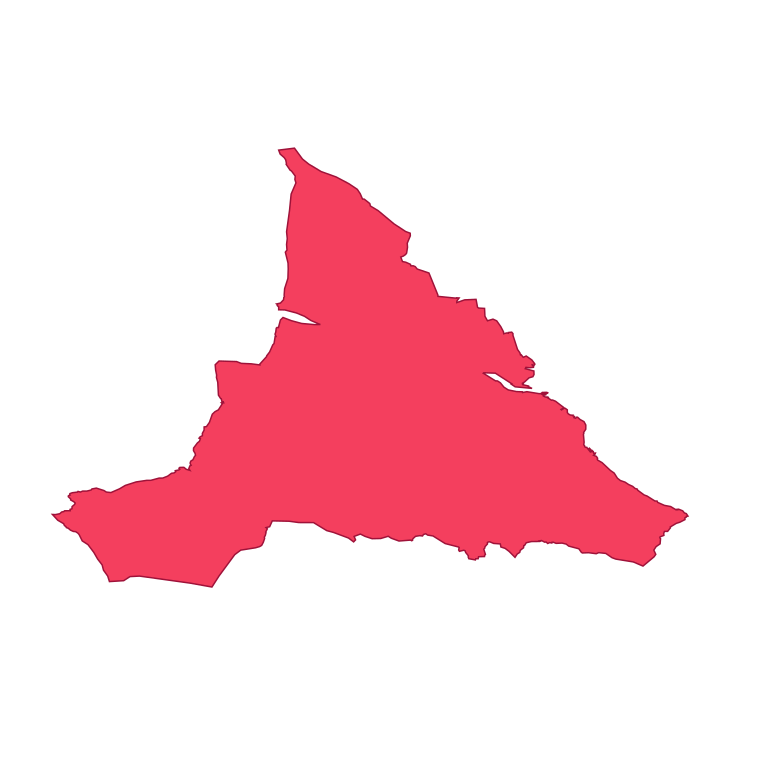 Drammen nor, Buskerud, Norway, rotated 6°
{"feature_id": "86288312B37235196254679", "entity_name": "Drammen nor", "entity_type": "district", "adm_level": 2, "iso_a3": "NOR", "parent_name": "Norway", "parent_adm1": "Buskerud", "projection": "natural_earth1", "projection_center": [10.161, 59.728], "detail": "fine", "context": "isolated", "style": "filled", "palette": "rose", "viewbox_px": 768, "rotation_deg": 6, "n_neighbors": 0, "source": "geoboundaries", "source_scale": "gbopen_adm2", "svg_char_len": 6120}
<svg xmlns="http://www.w3.org/2000/svg" viewBox="0 0 768 768"><g transform="rotate(6 384 384)"><path d="M694.3,478.9L690.1,477.7L689.6,477.8L690.1,478.0L689.6,478.3L687.6,478.6L681.9,475.9L675.6,475.4L668.5,473.1L667.9,471.9L665.6,472.0L657.3,467.9L654.4,467.2L647.4,463.1L646.8,462.0L644.7,461.7L642.0,459.8L637.8,458.4L634.0,456.4L629.2,455.3L626.0,453.3L622.2,448.5L618.2,446.3L609.1,439.4L604.4,437.3L603.9,436.4L604.2,435.5L602.8,433.8L599.9,433.0L601.3,431.5L601.5,430.6L599.9,431.0L599.2,429.3L597.5,429.6L598.5,428.1L597.6,428.6L594.4,425.9L597.4,428.9L596.3,430.0L592.4,426.0L592.8,425.6L591.4,426.0L590.1,425.4L590.1,424.7L589.0,423.5L589.1,421.0L587.6,413.2L587.9,412.0L587.6,411.3L589.4,407.9L589.0,403.7L586.8,400.5L582.7,398.8L580.0,396.8L578.8,396.9L578.2,398.0L576.4,397.6L576.8,396.4L575.0,395.8L575.2,395.3L572.6,395.4L570.5,394.5L569.3,393.2L569.0,390.5L566.7,389.2L565.7,389.3L563.3,391.2L562.7,390.8L565.5,388.8L556.4,383.2L553.3,382.3L552.3,382.6L548.0,380.5L548.6,380.0L548.2,379.8L546.1,380.1L543.9,379.4L544.1,378.9L543.2,378.3L546.0,377.9L546.1,377.5L542.8,378.0L541.4,377.4L547.4,376.2L547.8,375.7L546.9,375.3L542.3,375.8L541.9,376.3L542.3,376.5L542.0,376.9L539.4,377.4L526.9,376.7L522.7,378.0L522.5,377.3L516.6,377.7L508.2,376.9L503.6,374.6L499.7,370.7L496.6,369.1L494.5,369.2L481.6,362.9L482.1,362.4L493.6,361.6L511.0,370.4L510.5,370.8L514.7,373.1L531.7,372.9L527.8,371.5L527.9,370.9L522.3,370.2L522.5,369.5L521.7,369.5L521.6,368.8L523.6,367.3L527.6,362.7L531.3,361.2L532.2,358.9L531.7,355.4L522.9,354.0L523.4,352.6L527.2,352.6L530.9,351.8L531.0,351.0L528.7,349.0L530.6,349.9L531.4,349.6L531.9,348.8L531.3,348.2L531.6,347.9L528.5,344.6L522.5,341.3L519.7,342.9L517.3,340.5L516.7,340.8L515.9,338.8L513.2,335.7L507.2,322.2L507.0,320.4L505.6,319.1L502.3,319.8L502.3,320.5L500.7,320.4L497.8,321.5L497.3,319.5L494.2,314.8L489.5,309.4L485.6,308.1L480.3,310.3L477.3,306.1L476.1,298.3L470.1,298.6L469.0,297.9L466.7,290.2L455.4,291.9L447.9,295.4L447.8,293.9L449.7,290.6L447.1,290.7L447.1,291.1L428.5,291.2L428.2,289.7L417.1,268.9L405.0,266.2L402.8,264.0L400.8,263.4L398.4,263.7L397.8,262.2L392.9,260.6L389.6,260.3L387.4,256.0L389.8,254.8L391.9,253.0L392.8,251.5L393.1,245.5L392.4,241.6L394.7,233.9L394.3,231.3L389.6,230.1L377.2,223.7L360.2,212.3L351.9,208.4L351.0,206.0L345.0,202.2L343.3,202.3L340.5,197.3L337.1,193.2L328.2,188.5L314.8,183.1L299.3,179.3L286.2,173.2L279.4,168.8L270.3,158.8L254.8,162.4L256.7,166.2L261.1,169.3L262.8,171.3L263.9,174.8L263.7,175.7L268.3,181.2L269.7,181.8L274.0,186.5L274.0,189.9L275.4,193.2L271.8,204.8L271.9,221.1L271.2,242.8L272.6,249.6L272.5,255.4L273.5,260.9L272.1,263.2L275.9,273.7L276.7,279.5L277.4,289.0L275.2,299.6L275.4,306.1L275.8,307.6L275.3,308.4L275.3,310.7L272.6,314.3L268.8,315.6L269.7,316.2L269.6,317.1L271.2,318.4L271.5,321.2L277.6,320.7L289.4,322.5L297.9,325.0L304.7,328.5L314.5,331.5L308.6,332.2L295.8,332.4L285.3,330.7L276.6,328.4L274.3,331.2L273.1,338.9L271.7,339.0L271.0,339.8L270.9,343.8L270.4,345.8L271.6,348.0L270.8,348.1L270.4,355.3L269.3,356.7L266.9,364.1L264.4,368.2L264.3,369.1L258.4,377.2L258.6,378.0L249.9,377.8L239.9,378.4L235.0,377.1L217.5,378.4L214.1,382.5L215.1,387.8L216.6,392.6L216.7,395.1L218.5,399.7L220.5,412.4L223.1,415.6L223.7,415.7L224.7,418.6L226.0,418.4L226.5,419.5L224.3,419.8L225.2,420.6L222.0,427.0L218.8,429.2L216.4,432.0L214.4,440.4L211.9,444.9L209.6,445.5L209.9,448.7L208.5,452.1L208.8,454.4L206.7,455.7L205.7,457.2L207.1,457.6L206.4,460.3L204.6,462.1L201.3,467.6L201.5,470.2L203.4,472.8L204.0,474.7L203.1,475.9L201.9,479.3L199.9,480.9L199.5,482.3L199.6,483.6L200.7,485.0L199.5,485.7L198.7,488.6L200.0,490.2L196.3,489.5L193.7,487.8L189.7,488.3L188.9,489.2L189.8,490.1L189.0,490.9L185.5,492.0L186.0,493.0L184.5,494.4L182.0,495.0L178.4,498.3L173.7,500.7L170.1,501.1L162.1,504.2L158.2,504.6L147.7,507.3L137.3,511.9L131.9,515.9L123.8,520.5L119.2,520.5L116.6,519.2L108.8,517.6L104.5,518.9L103.7,520.1L99.5,521.6L95.5,522.0L93.3,523.2L90.9,522.8L90.5,523.5L85.4,524.7L83.1,525.8L82.9,527.0L83.3,527.3L81.8,528.2L81.8,529.1L84.4,531.1L84.5,532.1L87.8,533.5L89.3,534.7L88.9,536.1L86.6,538.5L86.7,540.7L84.9,541.5L85.2,542.8L79.5,543.5L79.0,544.3L76.8,545.0L75.1,546.9L70.9,548.2L67.9,548.4L73.8,553.6L80.0,556.4L81.0,558.2L82.5,559.0L83.1,560.0L85.1,560.5L87.4,562.1L90.4,563.1L92.8,563.1L95.1,564.3L96.5,565.6L100.3,571.6L106.4,574.7L113.0,581.8L117.5,588.0L122.6,593.4L124.5,598.5L129.3,603.9L131.6,609.2L145.7,606.8L151.5,602.1L160.9,600.6L212.0,602.3L234.1,603.9L240.1,592.0L253.4,569.3L258.9,564.2L273.4,560.3L277.3,558.7L279.2,557.3L280.5,554.1L281.4,550.1L281.0,548.8L281.8,547.0L282.2,544.1L281.8,543.7L283.1,540.2L281.7,539.1L285.2,537.9L287.2,531.8L303.9,530.4L313.7,530.7L328.4,529.2L342.4,535.8L349.3,536.9L364.8,540.9L370.3,544.2L372.0,542.0L370.2,538.7L376.2,535.7L381.0,537.5L388.3,539.1L396.9,538.0L404.1,535.0L407.3,536.6L415.3,538.6L426.6,536.5L428.0,537.0L428.7,536.4L428.4,536.0L429.3,534.4L431.3,532.2L435.3,531.1L438.2,531.1L439.0,529.5L441.2,528.6L443.2,529.7L448.6,530.0L461.5,536.3L475.0,538.3L475.8,538.7L475.6,541.3L476.5,542.5L480.7,541.0L482.0,541.3L482.9,543.1L485.8,546.0L485.8,547.2L486.6,548.9L493.3,549.4L493.5,548.2L495.9,547.9L496.1,545.9L502.0,545.1L502.0,543.9L502.7,542.9L500.5,537.9L501.4,536.6L501.4,535.3L503.6,532.3L503.4,530.8L504.3,530.2L505.7,529.9L509.7,531.1L516.4,530.9L517.3,533.9L521.6,534.8L525.9,537.4L532.4,542.7L534.3,539.1L536.6,537.3L536.9,535.2L539.9,532.3L539.9,530.1L540.7,529.8L542.1,527.0L547.0,525.3L555.4,524.3L555.8,524.1L555.1,523.7L557.1,523.2L560.2,524.5L561.7,524.2L563.5,525.5L565.3,524.4L567.5,524.6L567.5,523.9L568.7,523.6L571.8,524.5L577.7,523.6L582.0,524.2L584.6,525.9L595.0,527.5L597.8,530.7L598.9,531.3L605.1,530.4L612.8,530.6L615.1,529.3L622.3,529.3L628.9,532.9L632.8,533.9L650.5,534.9L660.6,538.0L670.7,527.6L672.1,525.0L669.7,521.0L671.6,517.3L675.3,514.1L675.2,508.9L674.3,508.1L674.5,507.2L678.2,505.3L677.8,503.4L678.3,501.3L681.5,500.9L683.9,497.1L683.6,496.3L689.3,492.0L692.6,490.6L697.5,487.4L697.2,485.7L698.6,484.7L698.6,484.1L700.1,483.6L698.2,481.3L696.2,480.8L694.3,478.9Z" fill="#f43f5e" stroke="#9f1239" stroke-width="1.5"/></g></svg>